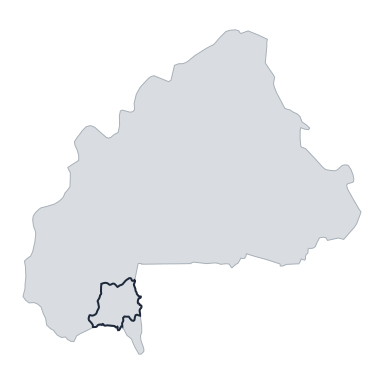 where Poni sits in Burkina Faso
{"feature_id": "BFA-2837", "entity_name": "Poni", "entity_type": "Province", "adm_level": 1, "iso_a3": "BFA", "parent_name": "Burkina Faso", "parent_adm1": "", "projection": "equal_earth", "projection_center": [-3.283, 10.293], "detail": "fine", "context": "in_parent", "style": "outline", "palette": "slate", "viewbox_px": 384, "rotation_deg": 0, "n_neighbors": 0, "source": "natural_earth", "source_scale": "10m", "svg_char_len": 5166}
<svg xmlns="http://www.w3.org/2000/svg" viewBox="0 0 384 384"><path d="M297.7,263.8L286.7,264.4L282.7,266.0L280.3,266.0L280.2,264.7L279.9,263.9L266.0,259.4L256.3,256.8L246.4,253.8L245.8,256.6L244.4,258.4L242.3,258.5L240.8,258.1L239.8,260.2L238.2,263.0L235.9,264.4L233.7,266.1L232.4,267.6L231.5,267.7L229.2,264.1L226.2,263.7L220.6,264.3L218.1,263.3L214.7,262.9L206.5,263.6L193.5,262.1L191.4,262.9L190.8,263.6L178.0,263.8L163.8,263.9L152.0,264.1L141.6,264.2L141.6,263.6L138.3,263.5L137.9,264.7L135.0,279.1L134.6,286.9L136.2,291.8L138.0,294.8L139.9,296.1L140.1,297.9L138.6,300.1L138.7,302.4L140.5,304.8L141.0,307.3L140.1,309.9L140.3,316.2L141.7,326.2L141.7,332.7L140.4,335.7L141.0,340.7L143.6,347.9L144.0,350.9L143.1,352.3L141.0,354.2L138.9,354.1L136.4,349.8L135.3,347.9L133.2,343.5L131.5,339.1L129.2,337.1L126.9,335.3L124.1,329.7L121.4,327.1L118.6,327.8L114.5,326.8L106.1,325.4L97.2,325.8L93.4,327.1L89.8,329.1L80.4,333.6L76.7,335.8L74.0,341.5L70.8,341.3L67.6,339.5L65.6,337.0L61.4,337.5L57.3,335.1L53.3,330.2L50.4,328.6L46.7,325.1L45.6,318.3L43.3,313.6L41.1,307.1L37.9,304.2L34.2,302.6L29.1,302.9L25.7,300.3L23.0,296.5L23.8,293.2L25.0,288.5L25.1,283.9L25.9,276.6L25.5,267.4L24.5,261.0L27.4,258.3L30.7,256.0L32.7,251.6L34.9,241.8L35.8,233.4L35.1,230.3L34.0,227.8L33.2,224.2L32.7,219.7L33.3,215.9L35.8,212.3L38.9,209.3L41.1,207.8L46.9,206.4L54.3,204.1L58.5,201.6L61.5,199.1L63.3,197.1L65.0,193.0L67.8,189.8L70.0,186.6L70.3,177.7L70.3,172.6L68.7,169.8L67.8,167.4L78.7,160.4L78.7,155.5L77.2,150.0L75.1,145.6L74.4,141.8L77.3,137.3L80.0,133.9L81.9,131.1L86.2,126.7L90.6,125.6L94.6,127.2L106.4,137.5L108.5,138.1L110.9,137.4L114.0,134.6L118.1,132.5L119.6,125.6L119.4,115.5L120.4,110.9L122.5,110.1L129.3,112.0L131.0,112.1L133.0,111.5L134.5,109.7L134.4,106.4L134.1,103.6L136.3,94.2L140.3,87.1L148.5,78.3L151.0,76.6L154.0,75.7L168.6,81.7L171.0,80.2L174.5,65.3L178.5,63.8L183.2,63.6L186.3,62.3L187.9,61.3L194.8,55.6L207.1,47.9L213.7,44.5L214.9,43.3L219.6,37.8L225.9,31.5L229.9,30.3L235.4,29.8L238.8,30.8L239.8,32.6L240.9,33.5L248.1,30.9L258.5,35.1L267.4,39.3L266.8,41.9L266.8,46.6L266.1,54.1L265.3,62.9L269.0,68.7L273.4,74.9L274.6,77.3L273.5,83.4L274.3,87.0L276.7,93.0L280.7,100.5L284.8,108.3L287.6,109.4L290.3,110.0L292.0,111.4L294.4,112.7L296.7,113.6L298.8,115.3L300.2,117.0L301.9,121.8L306.5,125.0L309.7,128.1L308.5,129.7L304.5,129.1L300.7,127.7L300.2,130.0L300.1,138.8L300.8,146.2L301.6,147.2L305.4,148.5L314.5,158.1L322.7,167.2L325.5,169.5L330.0,170.4L335.1,170.8L337.3,169.9L342.2,165.4L344.8,164.9L347.2,165.0L348.5,165.7L350.9,169.4L353.1,175.1L353.8,179.2L353.6,181.4L352.8,182.3L348.8,183.4L347.1,184.2L346.7,185.4L347.3,188.2L348.1,190.0L352.6,198.1L359.0,209.1L361.0,211.9L359.9,215.2L356.7,223.7L354.3,227.3L343.7,239.4L338.4,238.0L327.5,240.4L325.8,237.6L323.2,237.2L320.0,237.7L318.9,238.8L318.5,240.0L317.4,241.7L315.4,246.5L313.9,247.7L311.9,248.4L309.5,248.3L308.1,249.0L308.1,251.3L307.7,253.4L306.1,254.5L305.4,256.8L305.5,259.1L304.6,260.1L302.5,259.5L301.3,258.9L300.1,261.8L298.7,263.9L297.7,263.8Z" fill="#d9dde1" stroke="#a8b0b8" stroke-width="1"/><path d="M105.0,325.7L104.3,325.5L103.9,325.1L103.6,324.6L103.3,324.2L102.7,324.0L102.1,324.8L101.9,324.9L101.6,324.9L101.1,324.4L100.8,324.4L98.7,324.7L98.1,325.0L97.6,325.4L96.9,326.3L96.6,326.7L95.7,327.0L92.9,327.1L92.8,326.8L92.9,325.9L92.7,324.8L91.5,323.0L89.0,320.3L88.6,318.8L88.7,318.0L89.2,316.2L89.6,315.3L90.5,315.2L91.8,315.6L92.8,315.6L94.6,314.9L96.0,313.9L96.5,313.1L97.3,310.9L98.6,308.4L98.9,307.4L98.9,306.4L98.6,305.4L98.3,303.4L98.1,302.6L97.7,301.8L97.7,300.8L98.0,300.4L98.2,300.0L99.4,297.9L99.8,296.6L100.1,295.3L100.6,294.7L100.9,294.3L101.1,294.1L101.2,293.1L101.0,291.5L101.1,286.5L101.2,285.9L101.3,285.3L101.3,284.3L101.3,283.9L103.6,283.1L105.4,282.8L107.1,283.1L108.5,283.9L109.2,284.6L109.8,284.8L110.7,284.7L112.8,283.6L114.0,283.7L115.0,284.3L115.8,285.1L117.4,286.9L118.3,286.5L119.4,285.6L120.3,285.2L121.1,285.0L122.5,284.3L125.5,280.8L127.2,279.4L128.0,279.0L128.5,278.7L128.7,278.4L129.7,278.1L130.8,278.3L131.5,279.3L131.8,280.3L132.3,280.8L133.2,280.8L133.8,280.6L134.4,280.1L134.5,280.3L134.9,280.5L135.0,280.8L135.0,281.1L135.0,281.4L134.8,281.6L134.6,282.5L134.0,283.9L133.9,284.5L134.1,285.6L135.3,288.6L135.4,289.2L135.5,290.4L135.6,291.0L135.8,291.3L136.4,292.1L136.5,292.4L136.7,293.5L137.0,294.2L138.5,296.0L139.0,296.3L139.7,296.5L140.8,296.5L140.9,296.8L140.8,297.3L140.4,297.8L139.9,298.1L139.3,298.2L138.9,298.3L138.6,298.7L138.3,299.2L138.0,300.1L137.8,301.3L137.8,302.5L138.1,303.4L138.5,303.6L138.9,303.7L139.3,303.8L139.5,304.2L139.6,304.8L139.8,305.0L140.2,305.0L140.6,305.2L141.1,305.5L141.3,305.7L141.5,306.0L141.5,306.7L141.4,307.5L141.1,308.0L140.2,308.9L139.6,310.1L139.6,311.3L140.1,313.9L140.1,315.7L138.3,315.2L136.9,314.7L135.6,315.2L134.9,317.1L134.5,319.9L133.6,320.8L131.8,320.5L130.1,318.6L128.8,316.7L126.7,316.7L124.4,316.5L123.1,317.9L123.3,320.8L122.1,323.2L122.3,326.3L121.8,325.9L121.1,326.5L119.7,329.3L119.1,330.1L118.1,330.2L117.7,329.4L117.6,328.3L117.6,327.1L117.4,326.7L117.0,326.9L116.5,327.4L116.1,327.5L115.6,327.2L114.9,326.3L114.3,326.0L107.6,325.3L105.0,325.7Z" fill="none" stroke="#1e293b" stroke-width="2"/></svg>